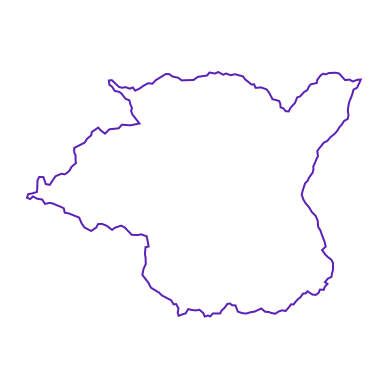 Dilermando de Aguiar, Rio Grande do Sul, Brazil (Mercator projection), rotated 182°
{"feature_id": "56859067B57866316427698", "entity_name": "Dilermando de Aguiar", "entity_type": "district", "adm_level": 2, "iso_a3": "BRA", "parent_name": "Brazil", "parent_adm1": "Rio Grande do Sul", "projection": "mercator", "projection_center": [-54.164, -29.81], "detail": "fine", "context": "isolated", "style": "outline", "palette": "violet", "viewbox_px": 384, "rotation_deg": 182, "n_neighbors": 0, "source": "geoboundaries", "source_scale": "gbopen_adm2", "svg_char_len": 3100}
<svg xmlns="http://www.w3.org/2000/svg" viewBox="0 0 384 384"><g transform="rotate(182 192 192)"><path d="M27.3,310.3L30.1,310.0L35.4,308.1L38.4,309.8L42.9,309.2L45.9,312.2L49.2,315.6L52.8,316.2L59.6,315.6L62.5,314.2L65.0,314.8L67.3,313.3L70.7,308.5L71.1,305.3L77.0,303.8L78.8,301.5L80.4,297.8L83.5,295.8L87.3,291.3L90.2,290.2L92.2,284.6L96.4,279.7L98.2,275.9L101.1,276.0L103.9,279.0L106.4,279.6L106.9,283.4L108.1,286.0L114.8,287.6L118.5,294.1L121.1,297.2L126.5,298.9L132.1,298.3L133.7,301.8L136.3,301.5L142.9,306.5L145.0,309.3L153.1,311.2L157.5,310.1L162.1,311.6L164.9,310.3L169.9,312.8L173.2,311.2L178.8,312.0L180.9,309.0L190.1,307.3L194.4,304.0L206.3,303.2L209.8,305.7L215.7,306.8L218.8,309.0L222.3,309.0L232.2,302.4L235.3,298.9L239.8,299.1L244.0,296.6L248.0,293.6L252.3,291.3L254.8,294.4L257.8,293.1L262.2,294.5L265.4,293.7L268.7,294.5L276.1,301.0L279.0,300.5L278.3,296.3L275.6,294.5L272.7,290.3L268.2,289.5L265.8,287.8L261.7,282.8L257.8,281.5L256.6,277.4L254.9,273.7L255.7,270.8L254.1,267.2L246.9,258.6L255.9,256.5L264.4,256.8L267.5,253.1L276.7,251.8L281.0,247.3L285.1,250.2L288.0,253.1L294.3,248.4L294.7,245.1L298.6,241.6L300.9,237.7L311.3,231.9L311.0,227.2L309.6,224.5L309.5,220.0L309.0,216.7L311.3,214.8L313.5,212.6L315.0,209.4L317.5,206.8L319.9,205.2L323.1,205.7L329.0,203.0L334.4,194.2L338.4,194.8L341.0,201.7L345.2,201.7L346.8,198.5L346.8,189.7L347.0,186.6L351.7,185.0L355.7,184.1L356.7,180.5L353.5,179.3L350.7,182.0L346.4,179.8L341.5,179.3L338.5,175.0L334.0,176.1L331.0,175.7L322.6,172.6L319.5,171.2L318.5,166.9L314.4,166.3L303.9,162.5L301.1,156.6L298.2,152.8L291.4,149.5L286.6,153.0L284.7,156.7L280.9,157.0L276.1,155.3L270.6,151.4L267.6,153.7L261.6,155.9L257.8,154.1L255.3,151.5L252.9,149.3L250.8,147.1L244.6,147.1L241.2,147.9L235.7,146.1L233.4,136.0L236.5,135.2L236.9,128.3L236.1,124.8L235.7,118.3L237.8,113.3L238.7,107.4L232.4,99.8L229.8,95.0L221.3,90.2L218.5,87.6L209.0,83.0L206.5,79.1L204.0,79.5L201.4,75.1L202.1,71.1L201.1,67.8L197.3,69.4L194.1,70.5L191.7,74.9L188.2,74.1L183.7,73.8L180.5,74.6L176.6,71.5L174.9,68.0L171.8,69.1L169.4,68.3L167.0,71.3L159.6,71.6L158.4,74.4L155.4,77.4L152.8,81.3L150.1,81.9L148.0,80.2L144.6,80.2L142.1,74.1L137.5,72.7L133.6,72.4L131.1,73.3L128.3,74.1L125.4,74.6L118.6,78.0L114.8,74.9L111.1,74.8L108.3,73.8L104.4,73.3L100.9,75.8L97.7,76.9L94.4,76.3L91.4,79.8L89.1,83.2L86.5,83.2L84.9,85.6L82.7,88.2L79.8,90.8L77.6,94.3L74.8,94.7L73.2,96.8L68.0,93.7L64.6,93.5L62.0,95.5L60.8,98.9L56.9,98.9L56.0,101.9L53.4,104.9L56.0,106.6L53.4,110.0L49.7,112.0L49.2,115.8L48.3,119.1L48.7,126.3L50.6,129.4L53.8,131.6L56.3,133.8L60.0,138.5L56.5,142.1L57.8,147.0L60.6,153.4L62.2,157.8L64.7,161.6L65.4,167.9L67.7,172.6L71.6,176.2L74.3,180.6L78.0,184.6L80.4,188.3L82.3,193.1L81.3,197.7L79.3,204.6L76.9,207.1L75.5,210.5L72.2,215.4L71.4,218.9L71.7,221.7L70.3,225.0L68.8,229.1L67.4,232.2L68.2,237.4L65.9,240.7L61.9,246.0L58.5,247.8L55.6,251.6L51.8,254.8L49.0,258.1L46.9,261.9L44.7,264.6L42.5,268.3L39.0,270.4L38.3,274.0L39.1,278.9L38.7,283.7L37.8,288.3L36.2,292.2L34.9,296.6L34.2,299.9L30.8,301.9L28.3,307.5L27.3,310.3Z" fill="none" stroke="#5b21b6" stroke-width="2"/></g></svg>